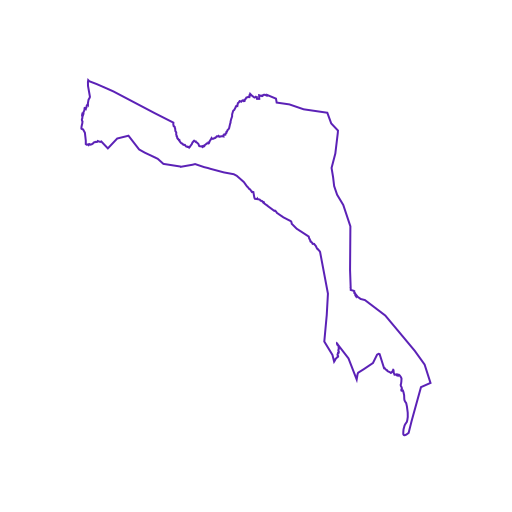 outline of Sør-Fron nor, Oppland, Norway, rotated 260°
{"feature_id": "86288312B86605767458860", "entity_name": "Sør-Fron nor", "entity_type": "district", "adm_level": 2, "iso_a3": "NOR", "parent_name": "Norway", "parent_adm1": "Oppland", "projection": "equal_earth", "projection_center": [9.78, 61.603], "detail": "fine", "context": "isolated", "style": "outline", "palette": "violet", "viewbox_px": 512, "rotation_deg": 260, "n_neighbors": 0, "source": "geoboundaries", "source_scale": "gbopen_adm2", "svg_char_len": 6048}
<svg xmlns="http://www.w3.org/2000/svg" viewBox="0 0 512 512"><g transform="rotate(260 256 256)"><path d="M365.3,358.5L373.5,353.1L384.7,351.1L392.2,328.4L399.5,315.2L403.5,303.0L407.5,303.0L412.5,295.2L411.9,295.2L411.9,294.7L412.8,293.5L413.0,293.2L412.9,293.0L413.4,292.2L413.4,291.5L413.0,290.3L413.0,290.0L412.4,290.0L412.4,289.6L412.7,289.2L412.9,288.4L413.5,287.7L413.8,287.0L410.2,286.5L410.6,284.3L412.2,284.4L412.2,284.0L412.8,283.5L412.5,283.1L412.3,282.4L412.3,282.1L412.7,281.6L414.9,279.6L416.7,278.4L416.1,278.1L416.0,277.8L414.8,277.7L413.6,277.1L413.7,276.7L414.2,276.3L413.8,275.5L413.9,275.4L413.7,274.0L412.4,273.0L412.2,272.6L411.9,272.4L411.9,271.9L410.6,271.6L410.6,270.8L411.6,270.0L411.5,269.5L410.5,268.2L411.3,267.1L411.4,266.8L410.7,266.3L410.6,266.0L410.1,265.6L409.7,264.7L407.0,263.7L407.3,263.2L406.8,262.7L406.9,262.2L405.8,261.6L403.6,259.9L403.1,258.9L402.7,258.6L399.7,257.1L397.6,256.7L394.9,255.2L392.3,254.1L391.7,254.1L390.8,253.5L386.5,251.7L385.6,250.9L385.0,249.9L383.7,249.1L383.5,248.5L382.4,248.3L382.2,248.0L382.0,247.4L380.8,246.9L380.8,246.3L381.2,245.7L380.6,245.1L380.5,244.8L379.4,244.7L379.7,244.1L379.7,243.5L380.0,242.5L379.8,242.1L379.9,241.4L379.7,241.0L380.0,240.6L380.8,240.0L380.3,239.3L380.6,238.9L380.7,238.2L379.5,236.7L379.6,236.4L379.3,236.1L379.2,235.0L378.9,234.6L378.9,234.3L379.0,234.0L378.9,233.6L379.1,233.0L379.8,232.7L378.9,232.0L377.1,230.3L375.7,229.5L376.0,228.9L375.2,228.6L375.4,228.2L375.3,227.7L375.5,227.4L375.2,226.7L374.9,226.4L374.1,224.8L373.2,224.2L373.7,223.5L373.6,223.0L372.6,222.6L372.5,222.3L373.5,221.7L373.4,221.2L374.0,219.3L374.3,219.1L376.1,218.8L376.7,218.5L378.2,217.3L378.5,216.7L379.3,216.6L379.7,215.4L380.3,215.0L380.1,214.6L379.3,213.9L379.2,213.6L378.9,213.2L377.2,212.1L375.8,210.5L375.1,210.1L375.0,209.4L374.4,208.9L375.1,208.4L375.2,207.7L375.6,207.6L375.6,207.0L375.9,206.3L376.6,205.8L377.3,205.5L377.7,205.3L377.7,204.9L378.1,204.4L378.1,203.8L378.5,203.5L379.2,203.2L379.4,202.8L379.8,202.6L379.9,202.2L380.3,201.8L382.1,200.8L383.3,200.7L383.2,200.4L383.3,200.2L384.8,199.7L384.9,199.3L385.6,199.0L386.1,198.9L386.6,199.1L387.0,198.9L387.7,198.9L387.9,198.6L388.6,198.7L389.4,198.5L391.5,198.9L392.4,198.6L393.0,198.3L395.7,198.5L396.3,198.3L397.1,198.4L397.8,198.0L398.1,197.5L398.3,197.5L399.9,197.4L401.7,197.8L414.3,181.0L442.8,144.2L452.9,129.1L457.1,122.1L458.3,121.3L456.5,120.7L452.7,120.1L441.8,120.1L440.9,119.8L439.1,118.3L438.4,118.0L435.4,116.9L434.8,116.9L434.3,116.8L434.5,116.7L434.1,116.0L433.7,115.8L433.6,115.5L433.5,115.4L432.4,115.1L431.6,114.7L431.3,114.3L430.3,113.9L430.7,113.5L431.5,113.3L431.6,113.2L431.5,112.9L429.3,112.3L427.6,111.1L426.0,110.8L425.3,110.4L426.7,110.1L426.7,109.9L426.3,109.7L424.8,109.1L423.2,109.2L421.9,108.9L421.1,108.4L420.5,108.2L419.4,108.2L418.7,108.5L416.9,108.0L414.1,106.8L412.1,106.2L411.5,106.3L410.7,107.7L407.1,108.9L399.1,108.4L395.8,107.8L395.1,108.4L394.9,108.8L395.1,109.1L395.1,109.5L394.8,110.2L394.3,110.5L394.8,111.0L395.2,111.1L395.2,111.3L394.4,112.2L394.4,112.6L394.6,113.0L394.5,113.5L395.0,114.8L395.9,115.9L396.1,116.5L396.0,117.1L396.3,117.6L395.9,119.1L396.0,119.4L396.7,120.1L396.3,120.6L396.3,120.9L395.9,121.4L395.4,122.6L395.7,123.5L387.7,128.8L395.8,139.7L396.6,151.3L381.2,159.4L377.1,164.4L368.8,176.1L362.8,180.8L357.2,197.2L357.0,197.6L356.9,197.6L356.9,209.3L357.1,212.0L352.5,220.4L351.0,223.9L349.7,226.4L343.9,238.9L340.4,248.3L338.3,251.0L330.9,256.9L326.7,258.9L325.5,259.6L325.0,260.1L323.4,260.8L322.8,261.6L321.5,262.3L320.1,262.9L320.0,263.3L319.6,263.3L319.4,264.5L314.4,264.5L313.3,264.6L312.5,264.9L311.8,267.1L312.1,267.3L311.8,267.4L310.9,269.4L310.1,270.0L309.7,270.1L309.4,270.7L309.3,271.2L309.1,271.5L308.1,272.0L307.9,272.9L307.8,273.0L307.0,272.8L306.9,273.2L306.2,273.4L303.9,275.6L303.9,275.8L303.7,276.0L303.2,276.2L297.3,281.8L297.5,282.2L297.4,282.6L296.4,283.4L294.8,284.1L289.3,289.7L284.2,296.4L283.2,296.8L281.5,296.8L275.8,300.8L266.0,311.3L264.2,311.4L263.7,311.7L263.0,311.7L262.3,312.1L261.2,312.1L260.9,312.5L260.5,312.4L259.9,313.2L259.5,313.3L259.1,313.7L258.1,313.9L257.8,315.4L257.2,315.6L255.6,316.6L253.4,317.2L252.2,317.7L252.0,318.2L251.3,318.4L250.5,319.1L249.9,319.3L249.5,319.6L248.9,319.8L206.4,320.3L185.5,315.4L159.9,308.4L145.3,314.1L138.4,314.6L139.5,315.6L141.0,316.6L141.1,317.0L142.4,318.7L142.4,319.1L143.0,319.5L143.4,319.5L144.3,319.1L145.0,319.2L145.8,319.8L146.5,320.0L146.5,320.3L146.3,320.5L147.0,320.9L147.9,320.9L148.4,320.7L148.7,320.7L149.4,320.9L149.8,321.3L151.7,321.5L152.3,321.8L153.4,321.4L154.2,320.8L155.5,320.5L155.9,320.6L155.7,320.8L155.3,320.8L139.1,329.3L116.9,333.7L122.0,335.5L123.3,336.3L125.9,342.7L130.3,352.6L137.8,358.1L138.4,359.8L137.9,360.7L123.5,362.6L123.6,362.9L123.5,363.1L122.5,363.5L121.2,364.5L120.8,365.2L119.8,365.5L119.6,365.8L118.3,367.7L117.4,368.5L117.5,368.8L118.2,369.7L118.2,369.9L118.8,370.6L119.6,370.9L119.7,371.1L120.1,371.4L120.0,371.5L119.2,371.6L118.7,371.4L117.9,371.5L117.3,371.3L115.0,371.8L114.9,372.4L115.1,373.5L114.4,373.8L114.8,374.3L114.8,374.6L113.9,374.8L113.4,375.1L114.2,376.1L113.4,376.8L111.2,377.8L110.0,378.0L107.0,377.3L104.8,376.6L104.0,376.1L102.9,376.1L101.4,376.6L100.3,376.7L99.7,376.5L99.4,376.0L98.4,375.8L98.1,375.9L98.0,376.1L98.0,376.4L97.8,376.8L98.0,377.1L98.0,377.3L96.2,377.6L93.1,377.7L89.4,377.2L88.0,377.2L86.2,377.8L85.3,378.3L84.5,378.4L81.5,378.5L75.3,378.2L71.1,377.5L68.1,376.5L66.4,375.7L64.5,373.8L63.3,372.9L59.7,371.2L57.1,370.5L55.0,370.1L54.4,370.3L54.0,370.5L53.7,371.0L53.7,371.6L54.0,373.0L55.3,375.6L66.5,380.6L98.2,395.7L100.7,405.8L119.8,403.2L135.0,395.9L174.9,373.0L193.7,355.6L195.6,351.4L196.2,351.0L198.0,349.1L199.7,348.2L198.7,347.6L200.0,347.0L201.0,347.0L201.4,347.2L202.4,347.0L202.6,346.7L202.4,346.6L202.5,346.4L203.8,346.5L204.3,346.7L204.7,346.3L206.1,343.4L208.2,343.7L208.4,343.6L208.8,343.8L225.9,346.2L268.8,354.1L291.1,350.8L302.3,346.5L311.3,345.1L320.1,345.6L329.6,345.7L343.1,351.9L362.9,357.9L365.3,358.5Z" fill="none" stroke="#5b21b6" stroke-width="2"/></g></svg>